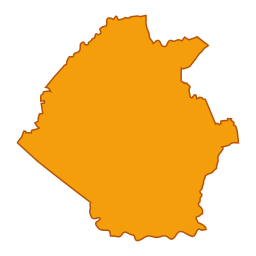 outline of Ca Mau, Cà Mau, Vietnam
{"feature_id": "81297802B56186863938752", "entity_name": "Ca Mau", "entity_type": "district", "adm_level": 2, "iso_a3": "VNM", "parent_name": "Vietnam", "parent_adm1": "Cà Mau", "projection": "orthographic", "projection_center": [105.22, 9.175], "detail": "fine", "context": "isolated", "style": "filled", "palette": "amber", "viewbox_px": 256, "rotation_deg": 0, "n_neighbors": 0, "source": "geoboundaries", "source_scale": "gbopen_adm2", "svg_char_len": 5775}
<svg xmlns="http://www.w3.org/2000/svg" viewBox="0 0 256 256"><path d="M208.3,45.4L197.0,36.7L194.6,37.9L188.8,39.8L184.6,37.2L182.0,40.8L179.5,39.9L178.6,39.8L177.7,39.9L176.8,40.2L175.4,40.9L174.5,41.2L173.6,41.3L173.0,41.1L171.3,40.5L170.6,40.4L169.5,40.6L168.9,41.1L167.9,42.4L166.5,45.5L166.0,46.0L165.4,46.5L164.6,46.5L163.3,46.3L162.6,46.1L161.7,45.1L160.8,43.9L160.2,42.2L159.5,41.2L158.8,40.7L158.0,40.4L157.3,40.4L156.4,40.8L153.1,43.5L152.7,42.4L152.0,41.0L150.0,38.5L149.5,37.2L149.1,34.5L148.6,32.3L146.9,28.0L145.9,23.3L146.1,19.2L146.0,16.9L146.0,15.5L145.7,15.4L143.7,16.0L142.7,16.0L141.3,16.5L140.5,16.6L139.8,16.5L138.1,16.1L136.6,16.1L132.2,16.6L130.6,16.9L129.6,17.6L128.7,18.1L127.7,18.1L125.5,17.6L124.9,17.7L123.0,18.9L120.6,19.5L118.4,19.9L117.9,19.3L117.1,17.1L116.7,16.5L116.3,16.3L115.9,16.3L115.5,16.6L115.1,17.1L113.5,19.3L113.2,19.3L111.0,18.2L109.4,18.0L108.6,18.0L107.6,18.5L106.8,19.8L106.6,20.9L106.8,23.6L106.6,24.8L106.1,25.8L105.6,26.2L104.2,26.4L102.7,26.8L101.2,27.7L100.1,28.7L99.8,29.5L100.8,31.6L100.9,32.6L100.6,33.4L99.4,34.3L98.2,34.7L97.5,34.5L96.6,33.9L96.1,33.9L95.6,34.3L94.6,37.6L94.2,38.1L93.7,38.3L93.0,38.4L92.2,38.9L91.3,40.5L90.4,41.3L88.9,42.2L88.4,42.8L88.5,43.9L88.1,44.4L86.5,44.9L85.4,44.8L84.9,44.5L84.6,43.6L84.0,42.5L83.5,42.1L82.9,42.1L81.6,42.9L80.4,44.1L80.2,45.4L80.3,46.8L80.2,48.7L79.9,49.8L79.4,50.8L78.2,52.1L76.9,52.6L75.0,53.2L74.2,53.7L73.6,54.9L73.4,56.3L73.0,56.8L72.2,56.8L70.6,56.7L69.7,56.7L68.8,57.3L67.4,60.0L66.8,61.9L66.5,63.8L66.2,64.6L65.6,64.8L64.8,65.1L64.3,65.3L63.2,66.9L54.8,76.2L45.6,87.4L46.4,87.5L48.3,88.1L49.0,88.9L50.0,90.3L50.5,91.4L49.9,91.1L48.4,91.1L44.8,91.5L43.7,91.8L43.4,92.2L43.0,93.8L42.7,94.1L41.8,94.8L41.1,95.2L40.7,96.9L40.8,101.1L44.4,100.8L44.4,103.1L41.2,103.4L42.7,112.9L42.7,113.4L42.4,113.7L39.9,113.7L39.6,114.0L39.1,115.0L38.4,117.6L38.2,118.8L38.2,121.2L37.9,121.6L37.4,121.8L35.1,122.6L34.9,122.8L34.9,123.0L35.8,124.1L36.4,125.5L37.6,126.8L39.0,127.7L39.0,128.2L37.7,128.8L32.1,130.2L31.6,130.6L31.3,132.9L25.8,132.6L25.8,131.4L24.0,131.0L23.1,133.1L21.8,136.7L17.9,141.7L17.5,142.9L37.1,160.8L49.3,170.6L74.1,189.9L90.3,202.2L90.7,202.4L90.0,204.3L90.0,205.4L90.3,206.6L90.4,207.5L90.3,208.4L89.9,210.0L89.8,211.4L89.9,212.8L90.5,214.9L91.2,216.5L91.5,217.1L92.5,218.1L93.4,218.5L94.3,218.7L95.4,218.6L97.1,218.1L98.8,217.7L99.4,217.8L99.9,218.2L100.1,218.7L100.0,219.3L99.4,219.9L96.1,222.3L95.8,223.4L95.9,224.6L96.4,225.5L97.7,227.4L99.1,228.8L100.4,229.6L102.1,230.0L104.0,230.3L106.7,230.2L108.1,230.3L109.1,230.7L109.7,231.5L110.2,233.2L110.3,235.6L110.7,236.0L114.8,236.2L116.2,236.4L117.7,236.7L118.8,236.8L119.7,236.6L120.8,235.9L122.9,233.3L123.8,232.4L125.4,232.1L126.6,232.4L129.0,233.7L130.3,234.3L133.6,235.3L134.3,236.0L135.2,238.9L135.7,239.8L136.3,240.4L137.2,240.6L137.9,240.6L139.4,240.2L141.5,239.3L144.1,237.6L146.7,236.3L148.0,236.0L149.6,236.0L150.8,236.1L155.0,237.3L156.7,237.3L158.4,237.2L163.7,235.8L165.0,235.7L165.8,235.9L166.9,236.5L170.5,239.0L171.6,239.1L172.9,238.8L174.0,237.8L175.2,236.5L176.7,234.1L177.9,232.7L179.1,231.8L180.4,231.5L181.8,231.6L183.2,232.0L184.5,232.6L188.2,234.8L190.9,236.0L192.1,236.4L193.1,236.3L193.8,236.0L194.5,235.4L195.4,234.1L197.0,230.8L197.9,229.7L198.7,229.1L199.3,229.1L201.4,230.1L202.4,230.2L204.0,229.8L206.1,229.4L205.7,228.8L205.7,228.2L205.6,227.3L205.4,227.1L205.2,226.8L202.5,224.7L200.6,223.7L199.0,223.0L198.2,222.5L197.7,221.9L197.2,220.5L196.4,219.1L196.1,218.1L196.2,217.3L196.9,216.7L199.3,216.0L200.0,215.4L200.6,214.7L201.0,214.4L201.3,214.2L202.5,213.8L202.6,213.5L202.5,210.5L202.2,209.7L201.7,208.7L201.1,207.7L199.3,205.9L198.7,205.0L198.5,204.6L198.3,203.8L198.4,203.4L199.6,202.3L199.9,201.7L200.0,201.2L200.1,198.7L200.2,198.1L201.6,195.9L201.8,195.4L201.9,194.6L201.8,194.2L201.6,194.0L200.5,193.1L200.0,192.2L199.9,191.8L200.0,191.4L200.1,190.9L200.6,190.2L201.5,189.4L201.8,189.0L202.1,188.5L202.3,187.2L202.5,185.9L203.1,184.7L203.5,183.6L203.6,182.9L203.6,182.4L203.5,181.9L203.5,181.1L203.8,180.4L204.9,178.1L205.0,177.7L205.1,176.4L205.1,176.1L205.8,175.4L207.5,174.3L208.2,174.0L210.3,173.4L212.4,172.4L212.7,172.1L213.0,171.5L214.9,169.6L216.4,168.5L216.6,168.1L216.6,167.7L216.6,166.3L216.7,165.7L217.3,164.0L217.3,162.9L218.0,161.6L218.0,160.8L218.0,159.9L217.9,157.8L218.0,156.7L218.1,156.2L219.0,154.9L219.5,153.6L219.8,153.3L220.3,152.9L220.8,152.3L221.4,151.2L222.2,150.2L222.7,149.5L222.9,148.9L223.0,148.5L222.9,147.9L221.9,146.8L223.7,146.6L224.6,146.4L225.4,146.1L225.9,146.1L228.3,145.4L229.2,145.0L230.3,144.0L231.6,143.3L233.0,142.8L233.4,142.7L234.4,142.7L235.4,142.8L238.5,142.9L238.2,139.5L237.8,136.9L237.6,134.3L237.1,130.9L236.6,128.7L235.6,126.3L235.0,125.6L234.5,125.2L233.6,125.1L233.6,123.9L234.0,122.5L233.0,121.7L232.3,121.1L230.9,120.2L230.8,119.8L231.4,118.8L227.6,118.6L227.5,120.5L226.0,120.5L222.5,120.8L220.9,121.1L220.8,122.3L221.2,123.4L219.3,124.7L218.3,123.8L217.5,123.6L217.1,123.4L216.8,123.3L216.3,123.5L215.6,124.0L205.4,99.5L203.6,99.1L202.5,98.6L202.1,98.0L201.8,97.6L200.2,97.4L199.3,97.3L199.2,97.8L198.7,97.8L197.2,98.6L196.7,98.8L196.3,96.1L196.1,95.4L195.9,95.2L195.6,95.0L194.6,94.8L194.3,94.8L194.1,95.2L193.8,95.6L192.8,96.6L192.0,97.9L191.6,97.9L190.9,97.4L190.3,97.1L190.1,96.9L190.1,96.7L189.8,94.5L189.6,93.0L189.3,92.4L189.1,91.6L189.2,89.4L189.5,88.5L190.0,87.5L189.9,86.6L189.1,85.5L187.6,84.3L187.0,83.2L184.5,83.4L184.6,82.9L183.7,82.6L182.3,81.8L181.2,81.1L181.1,80.9L181.2,70.0L181.4,68.1L182.2,68.6L183.2,68.8L184.0,68.7L188.2,67.2L189.5,66.6L190.0,66.1L190.6,65.4L191.6,64.0L193.3,62.0L194.3,60.6L195.5,59.2L196.4,57.9L196.9,57.0L199.1,54.0L200.1,52.9L201.2,52.1L201.8,51.5L203.6,49.1L204.9,47.8L205.8,47.2L207.7,46.1L208.3,45.4Z" fill="#f59e0b" stroke="#b45309" stroke-width="1.5"/></svg>